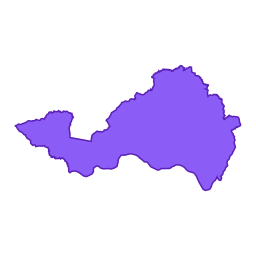 Central Gonja, Northern, Ghana (Robinson projection)
{"feature_id": "2480657B60919857809422", "entity_name": "Central Gonja", "entity_type": "district", "adm_level": 2, "iso_a3": "GHA", "parent_name": "Ghana", "parent_adm1": "Northern", "projection": "robinson", "projection_center": [-1.24, 8.941], "detail": "fine", "context": "isolated", "style": "filled", "palette": "violet", "viewbox_px": 256, "rotation_deg": 0, "n_neighbors": 0, "source": "geoboundaries", "source_scale": "gbopen_adm2", "svg_char_len": 5800}
<svg xmlns="http://www.w3.org/2000/svg" viewBox="0 0 256 256"><path d="M46.1,116.7L45.0,117.4L45.1,117.8L44.1,119.3L42.6,118.5L40.9,118.9L40.7,119.8L39.6,120.3L38.5,120.3L36.1,119.4L35.6,119.6L35.3,120.3L33.2,121.0L32.7,120.7L31.3,121.2L29.2,120.7L27.4,121.2L26.7,122.0L24.7,123.0L22.2,123.7L20.6,124.7L18.8,124.0L16.3,125.5L15.5,125.6L15.4,126.0L16.1,126.3L17.8,129.2L19.3,131.0L20.4,131.8L21.7,132.1L24.3,134.8L25.6,134.9L25.6,135.8L27.1,138.3L30.5,140.3L30.8,143.5L32.9,145.4L34.1,144.6L35.2,145.3L35.7,146.6L39.7,145.9L42.5,146.2L44.2,145.6L44.7,146.0L44.9,146.7L48.3,147.8L48.2,148.5L48.9,149.9L48.7,151.1L49.4,150.8L49.3,151.7L48.9,151.8L49.1,152.1L48.9,153.0L49.4,153.9L49.3,154.6L49.5,155.0L49.8,154.7L51.0,156.2L51.1,157.1L51.9,157.3L52.4,156.7L52.8,157.2L53.1,156.8L53.4,157.0L54.2,156.6L54.7,157.9L55.0,157.7L55.3,158.1L55.1,158.5L55.3,158.6L55.5,158.2L55.7,158.6L56.2,158.6L56.4,158.2L57.1,158.6L58.0,158.6L59.4,157.9L59.4,158.4L60.2,158.3L60.5,158.7L60.6,158.3L61.1,158.6L61.5,158.0L62.7,158.5L63.0,158.3L63.0,158.6L64.5,159.5L64.9,160.0L64.8,160.9L66.1,161.4L66.5,162.4L67.0,162.5L67.3,163.1L67.1,163.5L67.5,163.8L67.1,164.1L67.9,164.9L68.0,165.4L67.7,165.9L68.1,166.0L68.7,168.3L68.7,171.4L69.8,172.7L72.0,171.2L75.8,171.1L79.1,172.6L83.7,176.0L86.6,176.6L92.1,173.9L93.4,171.9L93.4,169.3L94.0,167.7L96.8,165.9L98.5,166.3L100.7,168.1L103.1,168.8L108.3,168.6L111.2,169.0L114.1,168.1L116.9,166.5L117.8,163.4L118.4,159.3L120.5,155.9L121.8,155.1L125.2,155.1L129.2,154.0L131.2,153.8L135.2,154.8L137.9,156.1L140.0,158.3L141.6,159.3L144.3,161.8L147.2,162.1L150.7,166.7L157.7,170.1L159.4,169.8L161.1,168.6L169.3,168.5L170.7,167.9L172.4,166.6L173.7,166.2L176.1,164.9L179.0,164.9L182.3,166.0L184.5,167.5L186.6,170.0L188.6,171.4L193.1,172.6L194.3,173.3L196.3,176.0L199.0,182.1L203.1,189.3L205.5,190.4L209.6,189.4L211.0,187.3L212.2,183.8L213.6,181.5L215.4,180.3L217.1,176.9L217.7,178.5L219.3,180.2L220.6,180.4L221.1,179.6L221.6,177.7L220.8,176.5L220.9,175.9L221.4,175.8L222.7,174.4L223.4,171.4L224.6,170.6L225.8,167.3L226.2,167.2L226.5,166.5L227.2,166.2L227.6,165.6L227.0,162.8L227.2,161.4L228.0,160.1L229.1,159.2L230.0,156.1L231.8,154.4L235.4,147.1L234.2,142.9L234.4,141.5L235.0,140.1L234.3,138.0L234.5,136.6L233.9,136.0L233.6,135.1L233.2,134.9L233.1,133.7L232.3,133.2L231.9,132.0L231.1,130.9L232.0,129.8L232.7,130.0L232.8,129.5L234.9,128.9L234.8,128.4L235.5,128.4L235.5,127.9L236.2,127.0L236.5,127.3L237.5,126.8L237.6,127.1L240.3,125.7L240.6,125.1L240.2,123.4L239.6,122.6L239.2,119.1L238.1,117.1L237.7,117.0L233.2,116.4L232.4,116.8L231.2,116.2L230.3,116.2L229.4,115.3L228.9,115.5L228.9,116.0L228.5,115.9L228.3,116.4L227.5,116.7L227.5,117.3L226.2,117.5L225.8,118.0L224.4,118.7L224.9,119.2L224.1,119.6L223.8,119.2L223.7,117.8L223.3,117.4L224.2,116.8L224.4,116.0L225.0,115.5L224.1,114.7L223.6,112.8L224.1,112.2L223.9,112.0L224.1,111.3L224.0,110.0L223.1,109.7L223.1,109.2L223.3,108.1L224.0,107.0L223.8,106.5L224.1,105.9L224.0,105.5L223.3,105.3L222.9,104.2L222.5,104.4L222.1,104.0L222.2,103.2L221.6,102.4L222.0,101.0L221.6,100.0L222.0,99.6L221.8,99.1L221.0,98.6L220.7,99.3L220.1,99.1L220.0,98.4L219.0,98.2L218.9,96.8L217.5,95.8L217.8,95.6L217.4,95.2L217.3,95.5L216.9,95.4L216.9,94.8L216.3,94.6L216.0,94.9L215.5,94.5L213.5,94.5L212.8,95.1L211.6,95.3L210.2,94.9L208.7,95.6L208.0,96.4L207.7,95.4L207.5,91.7L208.1,90.5L207.6,89.6L206.0,89.0L206.6,88.9L207.0,88.3L207.3,86.8L208.0,86.1L208.3,85.0L207.7,85.1L207.3,84.7L207.0,85.1L206.3,84.8L206.1,85.1L205.6,84.8L205.7,84.3L204.1,84.3L204.0,83.7L203.4,83.7L202.9,82.7L202.6,82.7L202.8,81.7L202.2,81.3L202.2,80.2L201.7,80.1L201.9,79.7L200.8,78.8L200.7,78.0L200.4,78.2L199.8,77.8L199.8,77.1L199.5,76.5L198.2,76.0L197.9,75.6L196.4,75.8L195.1,75.2L195.1,73.2L193.2,72.8L191.8,72.0L191.4,67.2L189.5,66.9L187.8,68.1L186.8,68.1L185.1,69.9L183.6,70.5L183.5,70.0L184.5,67.9L183.4,67.5L182.1,66.1L180.8,65.6L179.4,66.4L179.4,66.8L178.8,67.3L179.0,67.7L178.5,68.2L177.9,68.2L177.4,68.6L177.3,68.2L175.8,68.5L175.9,68.9L175.5,69.2L175.1,69.1L175.0,69.5L174.1,69.6L173.3,70.2L173.3,70.7L173.0,70.6L172.8,71.1L171.9,71.3L171.9,70.8L171.5,70.7L171.5,70.3L169.9,69.7L168.9,69.9L168.6,69.5L168.3,69.5L168.4,69.8L167.9,69.5L166.9,69.8L166.6,69.4L166.1,69.7L165.1,69.3L164.9,69.7L163.7,69.8L163.8,69.3L162.9,69.3L161.3,71.0L160.8,70.7L160.0,71.4L159.6,71.2L159.6,71.9L159.1,71.9L158.7,71.2L158.6,71.7L157.4,72.1L157.4,72.8L155.3,73.1L155.0,74.0L154.4,74.0L153.4,74.9L153.3,76.0L151.9,76.7L151.9,77.4L152.3,77.8L153.7,77.8L154.1,78.2L153.6,81.3L154.2,83.6L153.9,86.0L153.1,86.7L152.0,89.9L151.3,90.4L150.8,89.3L150.4,90.5L149.7,90.2L148.4,90.3L147.3,91.9L145.3,93.0L144.4,94.1L142.9,94.8L141.6,94.7L140.8,94.0L139.6,94.0L137.5,92.9L136.7,92.8L134.8,96.0L135.6,98.6L135.5,98.9L134.8,98.9L134.5,99.5L134.1,98.9L133.9,99.2L132.6,99.2L132.2,98.8L131.5,98.8L129.9,99.4L129.3,100.9L128.1,101.4L126.5,101.4L125.8,101.0L124.7,101.2L123.8,102.0L121.7,102.5L120.8,104.5L119.5,105.6L119.0,106.6L117.0,107.8L116.1,109.9L111.4,112.8L110.9,114.7L109.5,116.6L109.5,117.5L106.6,119.7L106.2,120.8L107.3,121.3L109.8,126.6L108.4,127.5L107.9,128.9L106.3,129.9L104.3,130.0L103.7,131.3L101.1,132.0L100.2,131.5L98.6,131.7L97.4,131.2L96.5,131.4L95.8,132.3L94.1,133.3L92.1,135.2L91.3,138.7L91.1,141.4L69.9,137.5L70.0,133.8L69.2,129.3L69.4,126.5L70.6,124.9L70.5,124.3L70.1,124.3L69.9,123.8L71.0,122.2L72.1,119.2L72.0,118.7L73.2,117.5L72.6,116.8L73.0,116.8L72.6,116.3L72.6,115.7L71.8,114.7L72.1,114.2L71.9,113.5L71.5,113.6L70.2,112.8L69.6,113.2L66.8,111.2L65.7,111.6L63.5,111.1L62.7,112.2L62.1,112.1L61.8,112.4L60.2,112.2L59.7,111.9L59.9,111.5L59.3,111.6L59.1,111.0L58.4,110.6L57.9,111.4L56.9,111.7L54.9,111.5L54.0,111.0L53.6,112.5L52.6,112.4L52.0,112.9L51.4,112.1L51.0,112.6L50.6,112.0L49.1,112.2L48.2,114.0L47.4,114.2L46.1,115.7L46.1,116.7Z" fill="#8b5cf6" stroke="#5b21b6" stroke-width="1.5"/></svg>